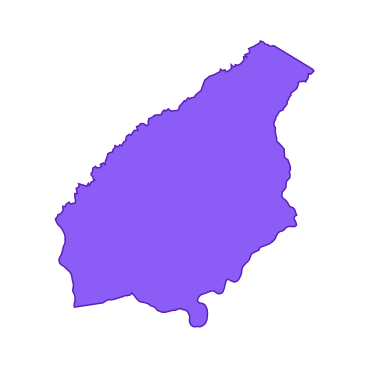 outline of Montalvânia, Minas Gerais, Brazil, rotated 348°
{"feature_id": "56859067B79304737578850", "entity_name": "Montalvânia", "entity_type": "district", "adm_level": 2, "iso_a3": "BRA", "parent_name": "Brazil", "parent_adm1": "Minas Gerais", "projection": "albers", "projection_center": [-44.496, -14.472], "detail": "fine", "context": "isolated", "style": "filled", "palette": "violet", "viewbox_px": 384, "rotation_deg": 348, "n_neighbors": 0, "source": "geoboundaries", "source_scale": "gbopen_adm2", "svg_char_len": 4887}
<svg xmlns="http://www.w3.org/2000/svg" viewBox="0 0 384 384"><g transform="rotate(348 192 192)"><path d="M52.7,190.2L53.2,193.0L53.9,195.6L54.8,197.2L55.8,198.5L56.7,200.0L57.3,201.7L57.9,203.9L58.5,206.6L58.7,209.1L57.9,212.1L57.5,215.0L56.3,216.7L54.9,218.7L53.8,221.0L52.7,223.2L51.8,225.1L50.1,227.2L48.4,229.2L47.6,231.2L47.8,234.2L49.1,236.0L51.3,238.2L52.9,240.5L54.2,242.4L55.5,244.2L56.8,247.1L56.8,250.9L56.7,253.5L56.8,255.5L56.7,258.0L56.3,259.8L55.4,262.0L54.8,263.6L55.1,265.7L55.7,268.2L55.8,270.1L55.5,272.0L54.8,274.3L53.7,276.5L53.1,278.6L53.1,280.2L81.9,281.9L84.6,280.7L87.8,279.9L89.9,280.5L92.4,280.8L94.9,280.6L97.9,280.3L100.6,280.0L103.0,280.0L104.7,279.3L106.7,279.9L108.5,279.8L110.3,279.8L112.1,278.2L113.2,280.1L114.6,282.5L115.4,284.5L116.7,286.4L118.0,288.2L119.5,289.0L121.1,289.7L123.2,290.6L124.7,291.5L126.6,292.8L127.7,294.5L129.3,295.4L131.3,296.6L132.6,298.7L133.5,300.5L135.6,301.9L137.9,303.4L140.4,304.0L143.5,304.0L146.8,303.8L149.4,303.8L151.1,304.3L154.1,303.6L156.5,303.6L157.9,304.7L159.6,305.5L161.3,306.4L162.8,308.1L163.4,310.4L164.0,313.4L163.2,315.4L162.7,317.2L162.7,319.7L163.3,321.8L164.6,323.4L166.0,324.3L169.5,324.7L171.7,325.5L174.1,325.2L175.9,324.4L177.8,323.1L179.5,320.9L180.5,318.8L181.0,316.9L181.7,314.9L182.1,312.7L182.3,310.5L182.1,308.3L181.6,306.5L180.9,304.7L179.1,303.2L176.7,302.2L175.3,301.2L174.7,299.6L175.5,297.6L177.6,295.4L180.1,294.2L182.5,294.0L184.7,293.7L187.0,293.3L189.1,293.0L191.4,292.9L193.0,293.6L194.2,295.0L195.9,296.7L198.5,297.3L200.7,296.8L201.9,295.6L202.8,294.1L203.8,292.3L204.9,289.9L206.0,287.8L207.1,285.7L208.8,284.7L210.2,285.6L211.8,287.0L214.5,288.8L216.9,288.7L218.5,288.0L220.1,286.7L221.2,285.2L222.7,283.2L223.5,281.5L224.4,279.1L225.4,276.6L226.8,275.1L229.0,273.5L231.2,272.1L233.1,270.9L234.7,268.9L235.8,267.3L236.7,265.7L238.4,264.4L240.4,263.9L242.2,263.5L245.4,262.7L246.2,261.3L247.7,260.2L250.3,259.8L252.7,259.6L254.9,259.1L256.7,258.8L258.4,258.2L259.9,257.5L261.5,256.7L263.7,254.9L265.1,252.8L266.4,251.2L268.0,249.7L270.0,248.9L271.7,248.9L273.3,248.6L274.9,247.7L276.4,246.5L279.1,245.8L281.7,246.3L283.5,246.9L285.6,247.1L287.2,246.3L287.4,244.0L286.8,241.2L286.2,239.0L287.5,237.1L289.6,236.4L289.0,233.4L288.8,230.4L287.8,228.7L286.0,227.4L284.5,226.4L284.0,224.8L283.4,222.5L282.3,220.2L281.2,218.7L280.1,217.5L279.1,215.7L279.1,214.0L279.7,212.4L280.5,210.5L282.2,209.5L283.5,208.3L285.0,206.7L285.6,204.3L286.4,201.5L288.2,200.1L290.4,198.6L291.1,197.0L291.6,194.9L291.3,192.7L292.7,190.8L293.3,188.9L293.4,186.9L293.1,185.1L292.9,183.4L292.6,180.7L291.1,178.9L289.7,177.5L290.1,175.7L290.3,173.6L290.6,171.5L291.1,169.4L290.0,167.2L288.4,164.4L286.9,161.9L285.5,160.1L285.6,158.2L286.1,156.5L285.8,154.7L285.9,152.6L285.9,150.4L286.5,148.6L286.9,146.1L286.1,144.1L286.4,141.9L287.6,139.6L288.9,138.2L289.5,136.3L290.9,135.1L292.3,133.5L293.6,132.0L295.2,131.1L298.0,130.7L299.2,128.9L301.0,127.7L303.3,125.7L303.9,123.2L305.4,121.9L306.8,119.5L308.9,118.1L308.9,116.1L310.7,115.2L313.2,114.0L315.6,112.8L317.0,111.2L318.2,109.1L318.7,107.2L320.4,106.4L322.6,106.9L324.9,106.8L326.1,108.0L327.1,106.5L328.8,105.1L329.7,103.2L330.4,100.5L332.3,101.5L334.1,100.6L336.4,98.9L335.6,97.1L302.5,65.9L300.6,65.8L298.3,65.6L296.9,63.7L294.4,62.6L293.0,60.2L290.3,58.5L288.6,60.6L285.5,61.4L281.7,62.7L280.0,62.9L277.2,63.6L277.7,65.6L277.1,68.0L275.3,68.1L272.1,68.8L273.8,71.4L270.5,70.5L270.5,72.7L268.9,75.0L265.1,77.2L263.3,77.5L260.8,76.5L260.4,78.1L258.4,78.0L256.8,75.7L256.4,79.1L253.9,80.8L250.1,81.5L249.6,79.3L247.3,79.7L245.3,77.8L244.5,80.1L238.9,81.6L237.1,82.0L235.4,82.2L233.4,82.3L227.7,85.3L225.5,88.8L223.4,92.1L221.9,94.7L220.0,95.6L217.2,97.0L215.8,97.9L213.9,99.8L210.9,99.7L209.2,100.4L208.0,99.1L206.3,100.0L205.3,101.8L203.5,101.0L202.4,102.1L200.0,103.8L197.2,106.0L196.3,108.4L194.9,109.3L192.3,108.9L188.3,108.5L186.0,105.7L183.1,107.5L182.2,106.1L180.2,106.9L177.7,110.1L174.8,109.5L172.9,109.2L171.1,109.2L169.0,110.6L164.9,111.4L163.7,114.2L163.6,116.8L161.0,117.6L159.0,115.1L155.7,114.4L154.0,116.3L151.3,116.4L151.9,120.4L148.4,119.7L146.0,121.8L144.3,124.0L142.7,122.5L139.7,123.8L138.6,125.6L137.7,128.3L135.8,128.7L133.9,130.7L132.9,132.2L131.2,130.8L129.6,132.4L127.9,131.7L126.3,130.6L125.6,132.8L124.0,133.7L122.4,136.3L119.4,136.5L117.4,137.2L116.7,139.3L115.1,141.8L114.1,143.1L113.4,144.7L112.6,147.1L111.2,145.1L108.0,146.0L109.0,148.1L106.7,149.0L103.8,148.5L103.0,146.9L100.0,148.0L98.8,151.7L97.2,152.7L97.0,154.9L98.3,156.5L98.1,158.6L99.3,160.1L95.2,161.5L93.3,164.2L92.4,161.9L90.4,164.5L82.8,160.3L83.0,162.5L81.6,163.9L79.5,164.3L79.5,167.7L79.5,169.7L77.1,169.1L76.4,172.3L76.3,175.8L75.6,178.5L73.6,178.3L70.8,178.6L69.5,176.3L67.7,177.2L66.0,178.0L64.9,180.0L62.7,179.1L62.0,183.4L60.5,184.6L58.9,186.1L56.2,186.3L55.4,188.0L53.9,189.1L52.7,190.2Z" fill="#8b5cf6" stroke="#5b21b6" stroke-width="1.5"/></g></svg>